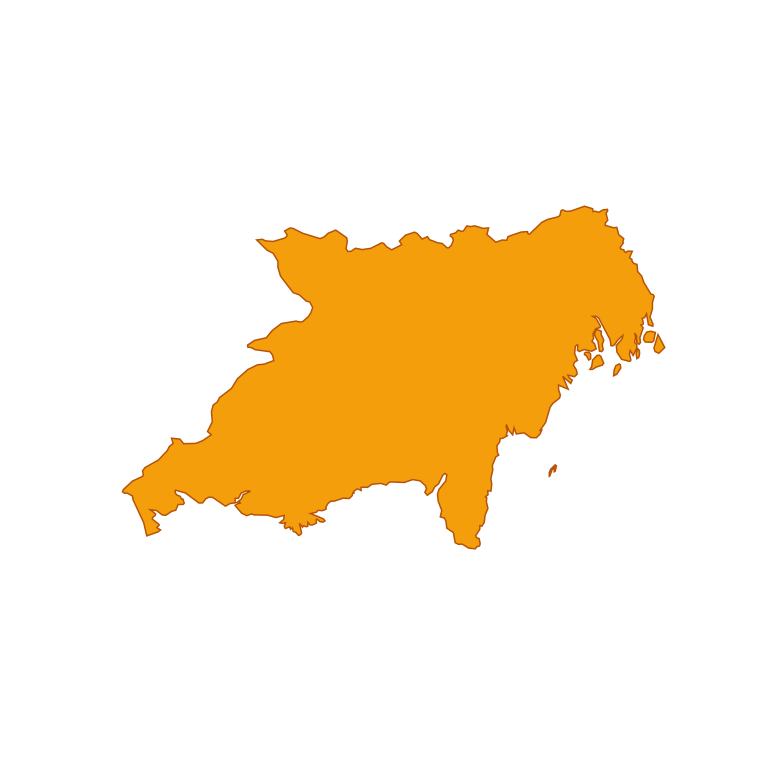 the Province of Kalimantan Timur, rotated 60°
{"feature_id": "IDN-1185", "entity_name": "Kalimantan Timur", "entity_type": "Province", "adm_level": 1, "iso_a3": "IDN", "parent_name": "Indonesia", "parent_adm1": "", "projection": "natural_earth1", "projection_center": [116.728, 1.017], "detail": "fine", "context": "isolated", "style": "filled", "palette": "amber", "viewbox_px": 768, "rotation_deg": 60, "n_neighbors": 0, "source": "natural_earth", "source_scale": "10m", "svg_char_len": 6178}
<svg xmlns="http://www.w3.org/2000/svg" viewBox="0 0 768 768"><g transform="rotate(60 384 384)"><path d="M393.2,102.6L397.2,108.0L398.1,108.0L400.0,107.0L401.8,107.8L404.6,107.3L406.9,105.1L413.5,108.1L419.2,106.9L426.2,108.2L439.4,107.9L441.3,106.2L443.2,106.2L447.4,110.6L453.2,114.0L459.0,120.2L466.6,121.1L468.4,122.3L464.9,125.4L454.4,121.5L456.9,125.2L456.1,127.4L461.1,129.0L461.8,130.0L461.3,132.0L465.0,131.5L471.7,139.2L476.4,141.2L477.1,143.2L474.4,144.3L468.6,141.2L465.2,141.5L469.3,142.7L473.4,146.2L476.6,145.4L479.3,147.2L483.9,154.0L478.1,154.0L480.4,156.3L486.4,158.1L487.2,158.8L487.0,160.3L481.4,165.9L472.8,166.3L466.9,163.6L463.8,154.9L461.3,152.9L463.0,160.0L465.3,164.7L465.3,166.8L464.3,168.3L458.6,166.0L434.1,165.1L431.6,166.3L429.8,169.4L433.6,167.5L441.9,167.6L443.2,168.7L442.0,172.7L445.1,178.0L449.5,179.8L451.0,182.6L454.5,181.5L459.7,182.7L459.4,187.8L454.2,193.5L453.5,198.6L451.6,199.6L447.3,196.8L446.6,197.1L447.0,199.4L453.0,203.7L460.3,204.6L460.3,208.2L462.3,210.5L468.2,210.4L472.0,211.7L472.9,215.4L468.3,220.3L470.9,220.5L474.8,219.1L476.9,222.0L466.7,225.4L480.6,227.1L472.2,233.4L476.1,235.6L481.7,236.8L484.0,239.0L485.2,247.4L487.1,251.6L498.1,263.3L502.2,271.9L502.8,270.4L505.5,274.1L506.7,279.0L503.7,283.8L496.4,287.0L493.4,294.4L487.1,293.3L492.4,298.0L487.0,299.1L480.9,298.4L481.6,299.5L486.5,300.7L489.2,303.5L490.5,303.0L490.4,308.4L489.3,310.7L491.9,312.7L494.1,317.2L500.3,320.1L502.9,320.2L503.0,323.5L508.7,330.9L512.9,332.8L519.1,338.6L525.0,341.0L530.2,345.0L528.3,347.6L531.9,349.2L532.4,352.6L533.9,351.9L537.3,354.3L543.7,356.2L548.2,362.1L553.9,366.3L556.1,370.3L554.6,371.8L557.8,373.8L561.3,380.6L563.5,380.6L565.5,378.9L570.5,380.6L572.0,382.3L571.4,385.1L572.4,387.4L568.4,392.7L561.8,396.3L560.1,399.6L557.0,401.7L547.3,398.2L540.3,401.7L533.7,398.9L530.4,398.7L527.2,401.7L522.4,397.2L513.1,395.8L506.5,393.0L502.8,389.2L498.8,378.9L494.1,375.0L491.9,376.0L492.5,378.9L497.8,386.8L498.5,391.6L501.4,396.0L502.0,402.1L498.3,402.8L495.8,399.5L492.6,399.0L486.0,401.1L481.1,407.0L479.4,415.7L472.3,426.9L471.7,428.8L472.7,432.5L468.6,436.3L464.8,444.5L465.3,449.9L462.2,454.8L462.3,455.9L464.8,457.0L461.4,459.6L461.8,463.9L463.4,464.4L462.8,465.6L464.8,467.4L465.8,471.4L462.5,476.4L460.5,485.8L458.9,488.6L459.4,492.2L461.8,496.2L463.3,496.5L463.4,497.8L462.8,500.9L460.5,504.2L461.2,506.8L459.4,512.4L470.5,503.9L473.0,503.5L473.1,505.9L471.2,508.3L467.8,509.5L467.5,510.5L470.7,512.1L470.3,516.5L469.2,518.4L465.8,519.2L469.1,521.1L468.8,522.6L466.5,524.8L467.3,526.1L462.4,526.9L471.8,529.8L472.7,531.6L472.4,533.7L468.3,534.6L466.3,536.3L462.8,535.2L463.1,537.6L460.6,537.0L459.8,541.7L457.3,541.5L454.9,538.6L453.8,541.8L452.0,543.7L451.2,538.7L447.9,536.1L445.6,544.4L439.4,550.4L432.3,562.1L430.4,563.4L429.3,568.8L424.6,571.9L414.6,573.7L414.5,570.3L415.4,568.2L414.0,568.0L413.0,570.0L412.3,565.2L409.4,561.1L410.1,553.9L409.1,554.0L407.5,557.8L407.1,562.3L410.1,567.1L408.6,570.3L412.6,572.2L410.6,576.8L410.5,582.4L396.5,589.1L394.5,592.0L394.3,595.7L396.3,600.5L394.5,603.8L379.0,610.5L371.7,617.7L373.1,619.0L376.2,619.1L379.4,616.7L382.5,616.8L383.0,615.7L387.4,616.6L387.9,618.2L385.4,622.5L389.2,627.5L388.1,631.7L388.6,638.7L386.4,641.6L379.9,644.2L376.0,649.3L382.3,646.7L383.4,647.9L383.9,651.1L385.2,652.2L392.9,649.1L393.9,649.3L394.7,652.6L398.7,650.5L399.1,653.9L396.9,665.4L383.8,661.4L358.7,659.2L355.3,657.8L350.0,661.0L348.9,663.4L346.6,664.4L345.1,662.5L342.3,650.5L343.3,639.1L342.0,637.6L338.6,636.6L336.9,632.9L337.0,617.2L333.3,604.9L330.9,601.4L330.0,596.3L324.7,595.1L329.8,588.2L335.5,587.4L341.4,576.5L342.4,569.2L341.6,559.0L336.9,560.6L330.8,551.5L321.7,547.3L316.8,542.4L316.3,537.6L313.5,533.1L311.6,518.4L306.1,508.1L303.4,494.6L304.1,484.1L306.9,477.8L308.6,467.8L303.5,466.1L299.0,466.6L289.8,478.5L286.4,480.5L283.9,483.5L282.1,482.6L281.5,474.4L285.1,462.9L281.8,454.0L280.3,442.7L285.5,428.8L288.7,425.3L289.3,423.1L287.8,415.7L285.6,411.5L282.0,407.5L275.8,407.3L273.3,409.9L264.6,412.7L259.4,417.0L238.9,419.7L229.8,417.5L224.9,414.5L215.5,414.6L209.5,418.4L195.6,422.2L197.8,417.1L200.9,414.9L205.1,408.8L208.0,396.9L207.5,394.4L206.2,393.3L201.8,393.6L201.9,387.4L203.5,385.2L213.0,378.9L226.1,366.7L226.7,362.3L225.5,356.8L226.6,348.8L238.7,343.2L242.0,344.4L247.7,349.1L251.0,349.2L252.6,346.3L252.2,340.8L256.7,335.6L259.9,327.6L260.6,315.4L262.0,314.0L266.6,313.1L271.6,310.3L272.3,299.0L267.9,299.2L265.9,290.9L267.8,281.6L270.0,280.1L277.5,278.5L278.1,272.7L281.8,272.4L288.6,266.9L291.3,263.4L297.6,261.3L298.5,259.7L297.5,256.3L294.6,252.4L292.0,251.5L288.8,252.6L287.8,251.5L288.9,246.2L287.8,242.9L290.4,240.8L291.2,238.8L288.5,233.2L290.8,230.6L292.6,226.1L298.7,220.5L301.1,215.4L306.0,220.1L317.1,216.3L318.4,209.7L320.9,205.8L318.5,203.2L318.5,201.7L321.0,189.2L323.8,183.5L325.8,184.2L327.0,183.1L322.9,166.5L323.3,159.9L326.1,150.2L326.1,147.5L322.5,144.1L322.5,142.2L325.5,140.0L327.6,135.9L330.3,121.5L336.5,115.7L339.2,116.8L339.8,114.9L342.6,112.2L342.8,106.9L344.5,103.2L346.0,103.8L347.0,106.3L354.0,108.3L355.2,111.6L357.2,113.1L363.6,106.9L364.7,104.1L372.1,106.0L378.0,103.7L380.0,105.9L381.4,106.0L383.8,111.1L385.3,111.6L387.8,109.2L389.4,109.6L391.2,108.6L390.7,106.6L393.2,102.6ZM464.8,179.2L463.3,181.0L454.4,177.5L447.1,177.2L444.1,175.1L443.3,172.2L446.9,169.5L449.8,171.2L455.9,171.7L458.9,175.2L464.0,177.1L464.8,179.2ZM468.4,182.4L475.9,183.3L476.8,185.6L475.5,191.5L475.6,196.3L474.3,198.4L472.6,195.3L467.6,191.3L465.8,185.3L466.6,183.2L468.4,182.4ZM478.2,122.0L492.8,122.6L494.8,130.6L491.4,133.0L487.9,132.3L478.2,122.0ZM475.1,123.2L481.5,128.9L481.8,131.3L478.3,136.7L475.4,137.0L472.2,134.3L470.4,130.3L471.7,126.6L475.1,123.2ZM491.9,177.5L491.7,181.0L487.0,177.7L484.1,174.1L484.1,170.4L485.4,169.7L488.6,171.0L491.9,177.5ZM461.3,190.1L465.6,192.5L465.6,194.7L460.8,194.5L458.8,195.7L457.6,194.9L457.4,193.5L458.8,190.9L461.3,190.1ZM488.5,152.3L484.0,150.6L480.1,146.6L482.7,146.1L485.7,147.6L488.3,150.0L488.5,152.3ZM542.7,281.8L546.6,286.4L546.6,287.0L543.5,285.3L541.2,282.4L539.6,276.2L541.2,275.6L545.2,279.5L545.1,280.5L540.9,277.7L542.7,281.8Z" fill="#f59e0b" stroke="#b45309" stroke-width="1.5"/></g></svg>